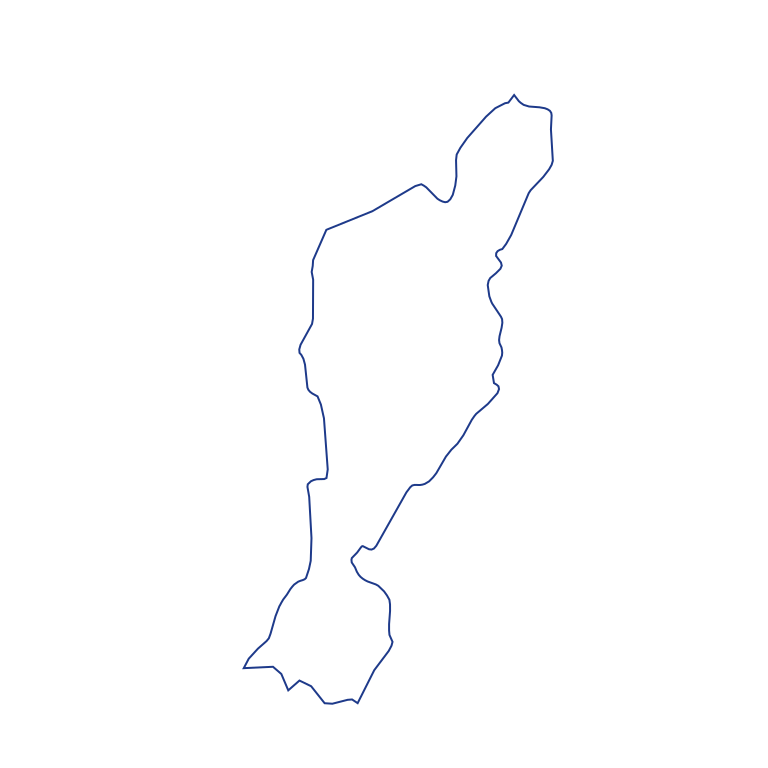 outline of San Salvador, rotated 205°
{"feature_id": "SLV-1349", "entity_name": "San Salvador", "entity_type": "Department", "adm_level": 1, "iso_a3": "SLV", "parent_name": "El Salvador", "parent_adm1": "", "projection": "natural_earth1", "projection_center": [-89.179, 13.778], "detail": "fine", "context": "isolated", "style": "outline", "palette": "blue", "viewbox_px": 768, "rotation_deg": 205, "n_neighbors": 0, "source": "natural_earth", "source_scale": "10m", "svg_char_len": 2408}
<svg xmlns="http://www.w3.org/2000/svg" viewBox="0 0 768 768"><g transform="rotate(205 384 384)"><path d="M391.0,67.2L390.5,77.9L386.4,90.9L381.8,101.4L380.9,104.9L381.3,109.7L384.2,127.8L384.9,138.3L384.7,140.4L384.7,141.5L384.3,146.0L383.0,152.0L382.2,158.5L381.5,161.5L380.7,164.2L378.2,168.6L376.5,170.4L374.8,171.9L373.4,173.5L372.7,175.2L373.8,184.6L375.7,192.8L384.6,213.7L404.1,250.1L409.9,258.4L410.7,260.9L409.1,265.0L407.2,267.2L404.8,269.2L398.0,272.6L396.4,274.5L398.9,282.8L423.9,327.5L432.5,338.7L439.0,344.7L445.0,345.1L447.8,345.7L450.1,346.8L451.9,348.4L463.8,368.2L467.7,372.8L471.3,375.5L473.7,376.5L475.4,379.5L476.2,384.3L474.6,408.0L476.0,413.2L492.3,448.6L496.9,455.0L498.5,460.9L500.6,466.3L501.4,499.4L467.5,535.8L439.3,576.6L434.6,580.8L431.7,580.6L428.8,580.1L413.9,574.5L411.0,574.1L408.0,574.1L405.4,574.6L403.4,576.0L402.0,579.4L401.6,584.5L403.3,594.0L406.1,602.8L413.3,617.3L415.1,622.7L414.6,630.4L412.5,642.2L404.5,669.4L399.7,681.0L393.0,689.6L390.2,691.6L388.2,700.9L381.3,697.3L378.9,696.6L375.4,696.0L369.8,696.8L360.0,700.5L354.8,701.9L351.8,702.1L349.1,701.7L347.0,700.4L345.6,698.3L340.3,685.3L325.3,657.6L324.7,653.5L325.1,648.4L327.2,638.9L333.0,621.6L333.5,618.1L331.7,572.8L332.5,562.6L333.8,556.3L335.7,554.6L337.2,552.4L337.6,550.0L336.5,547.4L329.3,543.5L327.3,541.0L327.2,537.6L329.4,531.6L332.5,525.0L332.8,521.7L331.8,517.5L325.6,508.0L321.5,503.9L319.9,502.6L306.4,494.4L304.4,492.7L302.6,489.5L301.2,484.7L299.5,476.2L298.3,472.5L296.6,469.8L293.0,466.8L291.4,464.6L290.1,462.4L289.1,459.6L288.5,449.2L289.4,438.2L284.7,431.3L281.6,431.0L279.3,430.3L277.6,428.0L277.3,423.6L281.4,409.9L287.8,396.0L288.5,393.3L289.3,388.6L290.4,371.1L292.2,360.9L295.2,352.9L297.2,344.4L298.9,325.3L300.1,320.1L302.0,314.8L304.8,310.7L306.7,309.0L308.8,307.6L313.6,305.5L315.5,304.0L316.6,301.5L317.9,295.3L322.6,234.1L323.6,230.6L325.3,228.7L327.7,227.9L334.7,228.1L335.5,227.4L335.9,226.0L337.1,219.9L339.6,212.7L339.2,210.9L337.8,208.6L332.8,205.6L329.3,202.4L326.3,200.4L323.8,199.3L321.1,198.6L318.3,198.2L315.4,198.1L306.7,198.9L303.9,198.7L296.3,196.1L291.9,193.6L287.9,190.7L285.4,186.8L282.6,180.9L277.9,168.5L275.2,162.7L273.0,158.9L267.3,153.9L266.6,150.0L266.9,144.1L271.9,120.5L273.0,83.6L279.6,84.6L283.5,82.4L295.7,72.4L302.9,69.6L322.3,79.3L335.3,79.5L341.3,65.9L354.5,77.8L365.1,80.8L391.0,67.2Z" fill="none" stroke="#1e3a8a" stroke-width="2"/></g></svg>